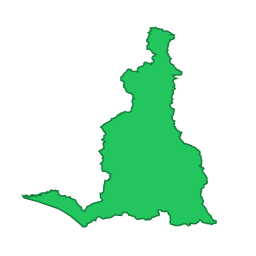 the district of Portoviejo, Manabi, Ecuador, rotated 276°
{"feature_id": "8360857B28339541752257", "entity_name": "Portoviejo", "entity_type": "district", "adm_level": 2, "iso_a3": "ECU", "parent_name": "Ecuador", "parent_adm1": "Manabi", "projection": "equal_earth", "projection_center": [-80.352, -0.999], "detail": "fine", "context": "isolated", "style": "filled", "palette": "green", "viewbox_px": 256, "rotation_deg": 276, "n_neighbors": 0, "source": "geoboundaries", "source_scale": "gbopen_adm2", "svg_char_len": 5828}
<svg xmlns="http://www.w3.org/2000/svg" viewBox="0 0 256 256"><g transform="rotate(276 128 128)"><path d="M195.1,138.0L194.0,137.1L193.0,137.5L191.4,136.6L189.5,132.3L188.0,131.3L184.9,131.6L185.2,130.7L184.8,127.1L185.6,124.7L186.4,124.9L186.1,124.1L186.6,122.6L185.5,121.1L184.2,120.7L180.9,117.8L179.7,117.6L177.8,115.7L174.7,116.0L173.2,119.7L171.3,119.2L168.3,119.5L166.4,121.8L164.9,122.1L163.6,123.2L163.4,124.5L162.8,125.4L163.0,127.8L161.8,128.2L161.3,129.7L158.4,129.7L157.8,131.0L156.4,129.3L153.7,129.5L153.1,130.5L152.4,130.7L149.5,130.1L148.7,129.6L144.8,129.4L143.5,126.5L143.9,122.9L142.5,121.2L142.0,121.3L142.3,120.1L141.5,118.5L140.1,118.6L139.9,118.0L140.0,116.5L137.4,115.0L135.4,111.3L135.3,110.4L134.3,110.6L133.2,109.6L128.7,103.2L127.4,102.5L126.6,101.1L125.7,100.8L124.9,102.7L124.0,103.0L121.8,104.7L121.1,105.7L120.2,105.9L119.5,106.5L118.3,105.8L117.7,104.7L115.5,105.4L113.6,103.2L112.7,105.4L111.6,106.8L110.8,105.1L110.0,104.8L105.7,106.3L103.4,103.9L102.4,102.0L101.8,101.6L101.1,102.7L98.3,104.8L96.9,106.8L95.1,105.5L94.1,106.6L91.5,106.5L90.8,105.1L89.4,104.4L88.9,105.6L87.7,106.5L85.6,106.1L82.7,107.0L82.4,107.6L82.4,110.6L81.9,112.1L81.1,113.0L80.3,115.8L78.4,114.7L78.0,115.6L76.6,115.7L75.9,114.9L75.4,115.2L75.0,114.3L74.3,114.7L74.0,113.1L73.3,112.8L73.0,111.5L73.4,110.7L67.0,110.1L63.1,110.5L61.2,109.9L60.9,109.2L60.0,109.1L60.1,107.2L55.7,108.1L53.9,110.1L53.2,110.2L51.9,108.1L49.8,102.3L47.8,98.7L46.5,98.1L45.7,95.5L43.7,95.0L42.0,93.9L40.5,93.9L42.0,90.1L43.9,90.2L45.8,87.2L47.5,85.4L50.8,83.2L52.0,78.5L53.4,77.7L53.3,76.4L52.6,74.7L53.0,73.6L54.2,72.6L53.4,69.2L54.5,65.9L55.1,66.1L56.3,65.2L58.3,64.9L58.1,63.3L58.5,62.4L58.0,62.1L58.0,60.5L57.7,60.1L58.3,58.4L57.9,58.3L57.6,57.2L56.6,57.4L55.9,56.3L56.1,55.4L55.3,54.6L56.0,54.0L54.7,53.6L55.2,53.1L54.5,51.9L54.7,51.2L54.3,51.0L54.4,49.8L54.0,48.4L53.5,47.7L53.3,48.5L52.6,48.0L52.2,48.4L52.4,46.7L51.7,47.3L51.6,46.7L52.0,45.8L51.2,45.1L51.8,44.7L50.8,43.5L51.3,43.0L50.4,42.8L51.2,41.8L51.7,40.3L51.3,39.4L50.4,40.3L50.0,39.3L50.7,39.1L50.9,38.4L50.1,38.4L49.7,36.3L49.1,36.3L49.6,35.9L49.8,35.1L49.6,34.5L49.0,34.4L49.0,34.0L50.4,34.5L50.0,33.5L49.1,33.2L50.2,32.7L49.0,31.6L49.5,30.6L48.0,31.5L47.6,32.2L45.5,46.0L40.4,67.6L38.2,72.7L34.4,80.2L27.0,91.2L25.0,93.6L25.5,94.1L25.2,95.1L25.7,96.5L26.5,97.3L28.5,97.4L30.7,101.5L32.3,102.5L33.0,104.2L32.4,105.5L34.5,105.8L36.7,107.3L36.9,108.1L36.3,110.0L35.0,112.4L36.9,118.6L36.7,119.0L37.4,120.6L40.2,124.1L40.4,130.9L42.0,131.2L43.8,132.4L43.7,134.8L43.2,136.5L42.1,137.8L41.4,138.0L41.4,138.5L41.8,138.6L41.0,140.8L40.6,143.9L39.5,144.4L38.2,146.8L38.4,148.8L39.3,150.4L39.4,152.9L39.3,154.5L39.0,155.2L38.5,155.0L38.5,155.7L38.8,157.0L39.3,156.9L39.8,157.7L38.9,158.7L40.2,160.7L41.6,160.9L42.1,163.0L44.0,166.2L44.2,167.9L44.5,168.1L46.6,167.8L47.1,167.1L49.4,166.6L49.9,167.3L49.8,168.8L48.6,170.8L48.9,171.7L48.6,173.1L49.3,175.3L48.9,176.3L46.3,177.6L45.5,178.8L44.7,179.3L43.4,179.2L41.5,180.0L40.1,180.0L39.1,179.4L38.4,179.6L36.9,180.8L36.1,184.6L36.2,188.1L36.6,189.5L37.3,189.9L37.3,191.4L38.6,193.5L38.6,196.1L37.1,198.0L37.8,199.8L38.6,199.9L39.4,199.4L39.9,200.0L39.7,202.7L40.0,205.5L42.2,208.1L43.9,208.7L43.7,210.1L42.1,211.8L41.7,212.7L41.8,214.6L41.2,216.6L41.4,219.3L40.8,221.4L41.9,222.7L42.6,225.4L44.7,225.4L45.1,224.2L44.8,222.7L47.6,220.3L48.9,219.9L51.8,216.3L56.8,213.1L58.0,212.1L58.5,211.0L60.6,209.5L61.8,210.5L62.9,210.3L63.8,210.6L64.4,209.6L66.9,208.9L67.4,207.5L70.3,207.1L71.3,207.5L72.3,206.9L73.4,207.8L75.1,207.2L76.8,209.5L79.4,209.5L81.2,212.2L82.5,212.6L84.2,211.8L86.7,211.7L87.6,210.6L89.2,210.0L92.5,206.6L94.6,206.3L95.1,207.6L96.2,207.0L97.1,205.4L96.7,204.3L97.1,203.9L97.9,204.0L98.0,203.2L99.0,203.7L99.1,204.8L103.5,204.7L106.0,203.5L108.0,203.4L109.3,201.7L110.7,202.2L112.4,201.7L112.7,200.7L113.6,200.0L113.8,198.8L114.7,198.2L115.7,196.4L116.2,193.6L117.1,193.1L117.1,191.6L117.6,190.8L117.7,189.5L118.2,188.3L118.4,185.6L119.0,184.6L120.1,184.1L120.7,183.0L124.3,179.8L125.6,181.1L126.9,180.5L127.7,181.6L129.4,181.7L128.9,180.1L129.9,179.6L130.9,177.0L131.8,176.6L132.2,175.3L133.4,175.3L134.1,174.8L134.7,173.5L135.4,173.2L137.4,173.9L138.9,172.9L139.8,173.7L140.5,171.7L142.4,170.6L143.2,170.9L143.8,170.3L146.6,171.9L147.4,171.6L149.2,172.0L150.3,171.4L151.1,172.2L151.9,171.4L152.0,169.3L154.5,167.2L155.8,167.4L157.8,169.7L159.2,168.5L160.2,168.5L161.1,169.6L163.3,168.0L165.9,168.7L166.9,169.5L169.1,169.0L169.8,168.4L172.1,170.8L173.1,169.9L173.7,168.7L174.5,169.8L175.7,170.1L176.3,169.2L178.2,168.5L178.7,167.5L181.1,168.4L182.4,171.1L182.9,168.8L185.3,167.1L185.1,168.5L186.2,171.4L186.0,173.5L186.5,175.4L187.7,175.8L189.5,175.4L189.3,175.1L190.2,172.8L190.9,172.7L191.0,170.4L191.5,169.7L192.0,169.8L193.1,168.1L195.5,166.4L196.1,164.5L197.5,162.9L198.6,162.9L199.5,162.4L201.5,163.6L201.9,162.3L203.5,161.8L204.4,160.4L206.1,160.1L207.0,158.5L207.7,158.5L209.0,159.6L211.1,158.8L214.9,159.6L216.0,159.1L218.4,160.2L219.2,160.9L219.6,160.7L219.6,161.3L220.3,161.3L221.1,163.6L222.3,164.8L224.1,163.6L225.3,164.3L225.6,162.5L226.0,162.1L225.4,160.8L226.3,161.3L227.3,160.0L227.5,158.7L228.4,157.4L228.3,155.1L227.8,152.8L229.1,152.5L229.3,151.6L229.8,151.5L229.5,150.1L230.0,148.0L229.7,146.8L231.0,145.1L229.9,143.0L230.1,141.2L229.6,139.7L227.4,141.0L226.9,139.8L226.1,139.7L224.9,138.2L223.9,140.3L223.2,139.5L220.9,138.8L220.3,139.1L219.2,138.2L217.3,137.5L216.0,137.8L215.9,138.9L215.2,139.0L215.1,139.7L214.5,140.1L212.7,139.3L212.3,138.5L208.4,138.7L208.8,139.5L208.8,141.1L206.3,144.3L205.3,144.4L204.2,147.9L203.7,146.8L202.5,147.1L202.0,145.3L200.9,144.7L199.1,144.9L198.7,145.7L198.2,145.8L198.2,146.4L196.7,146.8L195.7,146.2L195.3,144.6L194.7,144.1L193.6,144.5L193.2,144.3L194.3,142.6L194.6,140.5L195.2,139.3L195.1,138.0Z" fill="#22c55e" stroke="#15803d" stroke-width="1.5"/></g></svg>